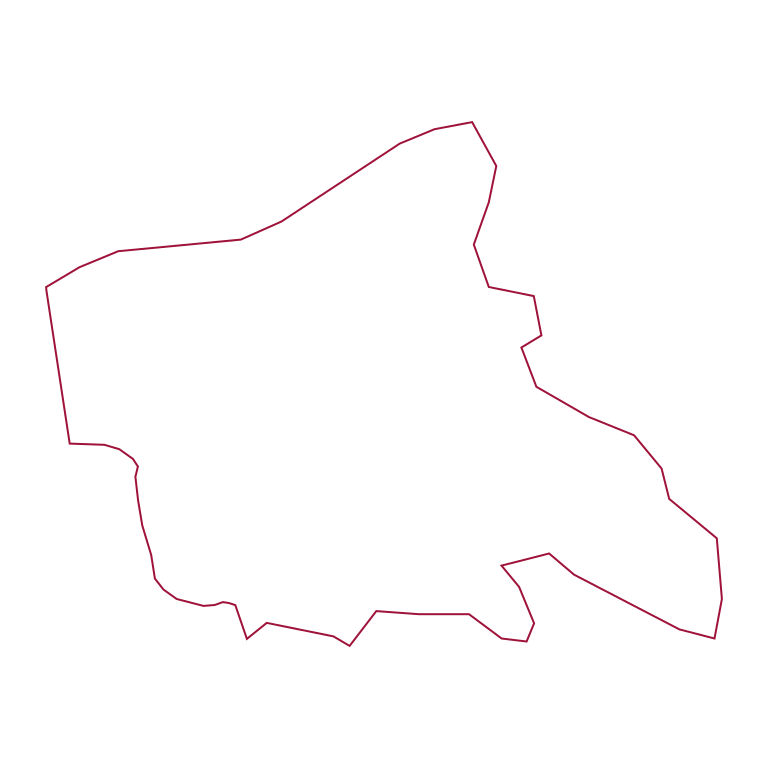 the Municipality of Mazsalacas
{"feature_id": "LVA-5791", "entity_name": "Mazsalacas", "entity_type": "Municipality", "adm_level": 1, "iso_a3": "LVA", "parent_name": "Latvia", "parent_adm1": "", "projection": "equal_earth", "projection_center": [25.028, 57.932], "detail": "fine", "context": "isolated", "style": "outline", "palette": "rose", "viewbox_px": 768, "rotation_deg": 0, "n_neighbors": 0, "source": "natural_earth", "source_scale": "10m", "svg_char_len": 819}
<svg xmlns="http://www.w3.org/2000/svg" viewBox="0 0 768 768"><path d="M377.4,158.3L399.7,143.6L434.5,129.2L472.1,122.1L496.3,166.0L488.8,202.3L473.8,244.6L488.8,287.0L533.8,296.1L541.4,335.4L521.4,347.5L536.4,386.8L589.0,417.1L634.1,435.3L661.6,468.6L669.2,498.9L716.8,538.3L721.9,599.0L714.5,638.5L679.4,629.4L574.1,574.7L549.1,553.5L501.5,565.6L519.1,586.9L534.1,623.3L526.6,641.5L501.6,638.5L469.0,614.2L418.9,614.2L376.3,611.1L349.6,645.9L333.5,636.4L266.7,622.9L246.9,638.9L235.3,605.1L228.8,603.0L222.9,602.1L214.7,605.0L203.5,605.9L176.7,599.0L163.5,589.6L154.9,578.6L151.2,555.0L142.3,525.6L138.1,500.5L135.4,476.8L137.9,466.5L132.9,458.9L119.3,449.2L104.4,444.8L69.7,443.6L46.4,290.4L46.1,287.1L79.5,267.2L118.2,251.2L240.8,239.6L281.5,221.5L377.4,158.3Z" fill="none" stroke="#9f1239" stroke-width="2"/></svg>